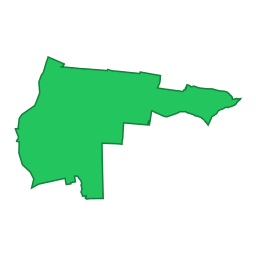 Lipanesti, Prahova, Romania
{"feature_id": "2599482B42287242425704", "entity_name": "Lipanesti", "entity_type": "district", "adm_level": 2, "iso_a3": "ROU", "parent_name": "Romania", "parent_adm1": "Prahova", "projection": "robinson", "projection_center": [26.047, 45.053], "detail": "fine", "context": "isolated", "style": "filled", "palette": "green", "viewbox_px": 256, "rotation_deg": 0, "n_neighbors": 0, "source": "geoboundaries", "source_scale": "gbopen_adm2", "svg_char_len": 5401}
<svg xmlns="http://www.w3.org/2000/svg" viewBox="0 0 256 256"><path d="M31.6,188.0L38.4,184.2L42.3,183.3L47.1,182.2L51.5,181.3L51.7,181.2L53.3,180.9L59.1,179.6L65.1,178.3L65.5,180.8L66.2,184.5L70.9,183.8L70.9,182.7L75.4,181.8L74.5,176.2L76.1,175.9L76.2,176.1L76.7,176.1L77.2,176.1L77.6,176.2L77.8,176.2L78.0,176.3L78.4,177.5L78.6,177.8L79.5,179.0L80.3,179.9L80.7,180.4L80.8,180.6L81.0,180.9L81.2,181.7L81.6,182.8L81.7,183.2L81.6,183.5L81.4,184.2L81.2,184.7L81.0,185.1L81.0,185.3L81.5,186.5L81.6,187.7L81.6,188.0L82.0,188.5L82.2,188.9L82.2,189.0L81.8,189.6L81.6,189.7L81.5,189.9L81.5,190.2L81.5,190.6L81.5,190.8L81.4,191.1L81.2,191.4L81.2,191.6L81.2,191.8L81.1,192.1L81.3,192.3L81.2,192.5L81.4,193.1L81.9,194.1L82.3,194.7L82.4,195.2L82.5,195.6L82.5,196.2L84.0,196.1L84.7,196.1L85.2,196.0L85.7,195.8L86.1,195.7L86.1,197.3L85.5,197.3L85.4,198.2L86.3,198.1L86.4,199.0L87.3,199.0L87.8,198.9L89.4,198.7L89.9,198.6L102.0,198.5L103.2,198.5L103.0,190.4L102.5,171.2L102.5,167.3L102.3,162.8L102.0,143.3L104.0,143.3L116.5,143.7L122.0,144.2L122.0,142.8L122.1,142.4L122.1,142.2L122.1,141.9L122.1,141.3L122.1,140.8L122.2,140.6L122.4,140.0L122.4,139.3L122.6,138.8L122.7,138.5L123.6,122.8L126.3,123.1L130.2,123.4L134.5,123.8L145.3,124.7L146.5,124.8L147.7,124.9L148.0,122.5L148.6,122.6L148.8,120.7L149.6,120.8L149.1,125.0L149.4,125.0L150.1,120.4L150.2,120.5L151.5,111.6L152.0,110.8L152.7,111.0L154.6,112.1L155.0,112.4L155.2,112.6L155.6,112.6L156.3,112.9L159.1,114.1L163.4,116.1L164.3,116.3L166.6,116.9L169.1,116.0L170.7,115.5L172.6,114.8L175.8,113.7L177.4,113.1L179.2,112.1L179.9,111.7L185.1,111.7L185.8,111.6L186.3,112.2L186.6,112.3L186.9,112.6L187.4,112.8L187.9,113.0L188.9,113.2L189.6,113.3L190.0,113.5L190.9,113.8L192.2,114.2L193.0,114.5L193.6,114.8L193.9,114.9L194.3,115.3L194.8,115.6L195.2,115.8L195.8,115.9L198.0,116.3L198.4,116.4L199.6,117.0L200.4,117.3L201.2,117.5L201.7,118.2L202.2,118.6L202.6,118.8L203.0,119.0L203.4,119.2L203.7,119.5L204.1,120.0L204.6,120.6L205.6,122.1L205.8,122.3L206.1,122.3L206.4,122.6L207.1,123.7L207.7,124.6L208.1,125.1L208.4,124.4L208.9,123.3L209.4,122.5L209.8,121.6L210.2,120.3L210.4,120.0L210.6,119.7L210.9,119.2L211.1,118.8L211.3,118.2L211.4,117.5L211.6,117.0L211.7,116.8L211.9,116.6L212.9,116.1L213.8,115.5L214.3,115.1L215.2,114.6L215.9,114.2L216.3,113.8L217.0,113.0L217.4,112.4L217.6,111.9L217.9,111.5L218.1,111.1L218.4,110.9L218.6,110.7L219.5,110.2L220.1,109.9L220.6,109.6L220.9,109.5L221.5,109.4L222.1,109.2L223.7,108.5L224.0,108.3L224.6,107.8L225.1,107.6L226.0,107.4L226.7,107.2L226.9,107.2L227.1,107.2L227.8,107.6L228.0,107.6L228.3,107.5L229.0,107.0L229.2,106.9L229.5,106.8L230.1,106.7L230.6,106.7L230.8,106.7L231.0,106.6L231.4,106.5L232.6,105.9L233.7,105.5L234.0,105.4L234.2,105.2L234.3,105.1L235.0,104.8L235.4,104.6L235.6,104.4L236.0,103.9L236.9,102.6L237.2,102.3L237.5,101.7L238.0,101.3L238.2,101.2L238.5,101.0L239.2,100.3L239.3,100.2L239.9,99.9L240.0,99.8L240.1,99.6L240.3,99.0L240.4,98.9L240.6,98.6L239.9,98.7L239.2,98.8L238.0,98.9L237.7,98.9L236.8,98.4L236.5,98.6L236.1,98.7L233.0,99.3L232.4,99.4L232.3,98.6L232.3,97.7L232.2,97.1L231.9,97.0L231.8,96.9L231.7,96.7L231.6,96.4L231.5,96.2L230.9,95.6L230.7,95.4L230.4,95.3L230.3,95.2L229.6,94.4L229.1,93.7L228.9,93.7L228.5,93.3L227.6,92.4L227.4,92.2L227.1,92.1L226.3,91.9L225.9,91.7L225.2,91.5L224.6,91.3L223.9,91.3L223.5,91.3L223.2,91.2L222.9,91.1L222.6,91.1L222.2,91.1L221.4,91.0L220.7,91.0L220.4,91.0L220.0,90.9L219.2,90.8L218.4,90.6L217.1,90.2L216.7,90.1L215.6,89.9L215.1,89.8L214.9,89.7L213.2,89.1L212.2,88.9L211.6,88.9L211.0,89.0L210.8,89.1L210.5,88.9L210.1,88.8L209.9,88.8L209.2,88.8L208.8,88.8L208.2,88.8L207.7,88.8L206.8,88.7L205.8,88.8L202.9,88.3L202.5,88.3L201.5,88.3L199.9,88.0L199.2,87.9L198.9,87.8L198.6,87.8L194.7,86.4L193.8,86.1L193.6,86.1L193.4,86.2L192.7,86.5L192.0,86.7L191.6,86.8L190.6,86.7L190.0,85.8L189.5,85.6L189.0,85.3L188.1,85.0L187.8,84.9L186.9,84.9L186.7,85.0L186.6,85.7L186.6,85.8L186.5,86.0L186.6,86.4L186.5,86.5L186.3,86.7L186.3,86.8L186.2,87.2L186.0,87.3L186.3,87.6L186.2,87.8L185.9,87.9L185.8,88.0L186.0,88.3L185.9,88.6L185.7,88.7L185.7,88.8L185.6,88.7L185.4,88.6L185.2,89.0L184.9,89.4L184.9,89.7L184.9,89.8L184.6,89.9L184.1,89.8L183.8,90.1L183.7,90.2L183.5,90.6L183.4,90.8L183.4,91.0L183.0,91.4L182.1,91.4L181.5,91.4L180.5,91.2L179.8,91.0L179.3,90.9L176.7,90.7L172.3,90.1L170.2,89.8L167.4,89.4L166.3,89.3L159.6,88.3L157.7,87.9L157.4,87.8L157.8,87.1L158.6,85.6L158.9,84.9L159.3,83.9L159.7,82.9L159.9,81.6L160.0,80.9L160.2,79.5L160.3,78.3L160.3,77.5L160.3,76.7L160.5,75.6L150.7,73.9L140.2,72.0L139.8,73.6L135.7,73.1L131.3,72.7L128.4,72.4L116.9,71.2L114.8,71.1L113.3,70.9L112.4,70.7L112.1,70.8L107.7,69.5L107.2,70.6L102.5,70.2L97.1,69.8L94.9,69.6L93.5,69.6L89.9,69.2L79.3,68.5L74.6,68.0L67.9,67.4L65.1,67.2L61.8,67.0L61.4,66.9L61.8,66.7L62.1,66.7L62.5,66.5L63.0,66.2L63.4,65.9L63.5,65.8L63.5,65.7L63.5,65.1L63.4,64.9L63.2,64.6L63.3,64.5L63.7,64.5L63.9,64.5L64.1,64.5L64.3,64.0L63.4,63.6L56.2,60.5L48.1,57.0L48.0,57.4L47.1,60.2L46.6,61.4L45.2,66.0L43.3,72.4L42.6,73.5L41.4,75.1L40.0,78.9L39.0,81.5L38.9,82.1L39.0,82.7L39.0,84.1L39.3,87.3L39.7,93.0L36.9,100.3L34.8,105.5L24.6,112.6L22.0,114.4L19.3,118.3L18.2,127.1L18.5,128.6L15.4,128.7L16.4,131.9L17.6,134.8L18.4,136.7L18.5,137.0L18.4,137.6L18.4,138.0L18.2,138.4L17.8,139.1L16.8,140.5L16.6,140.9L16.6,141.2L16.6,141.4L19.2,141.9L18.9,153.0L22.4,164.7L30.3,172.1L33.8,179.0L31.6,188.0Z" fill="#22c55e" stroke="#15803d" stroke-width="1.5"/></svg>